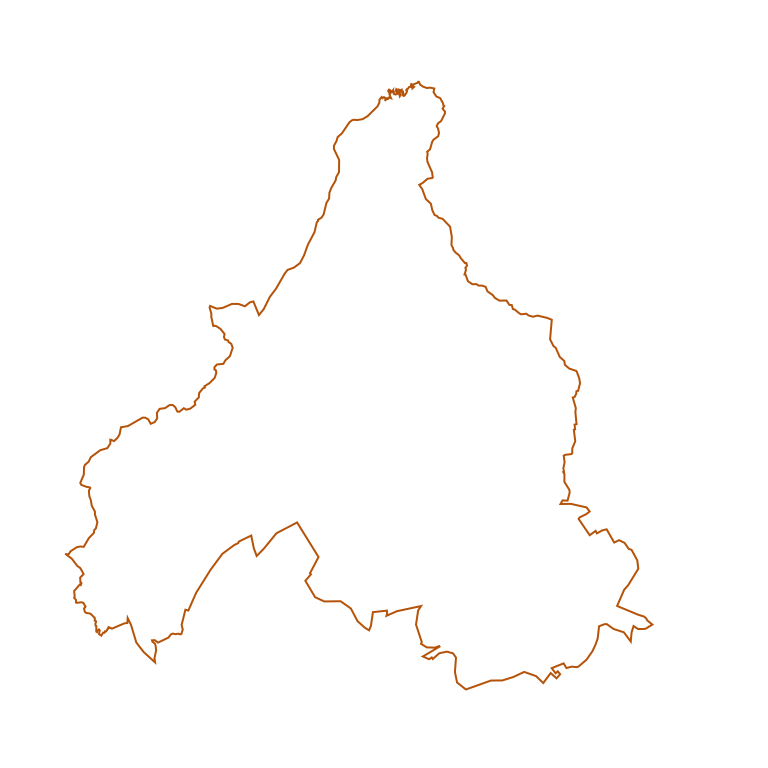 outline of Alba Iulia, Alba, Romania, rotated 97°
{"feature_id": "2599482B11612848018350", "entity_name": "Alba Iulia", "entity_type": "district", "adm_level": 2, "iso_a3": "ROU", "parent_name": "Romania", "parent_adm1": "Alba", "projection": "robinson", "projection_center": [23.551, 46.066], "detail": "fine", "context": "isolated", "style": "outline", "palette": "amber", "viewbox_px": 768, "rotation_deg": 97, "n_neighbors": 0, "source": "geoboundaries", "source_scale": "gbopen_adm2", "svg_char_len": 6088}
<svg xmlns="http://www.w3.org/2000/svg" viewBox="0 0 768 768"><g transform="rotate(97 384 384)"><path d="M591.3,679.7L595.6,672.4L602.0,666.2L603.8,662.9L609.3,659.0L613.2,662.0L618.0,661.1L618.1,660.3L618.7,660.0L620.6,660.6L620.2,661.5L620.6,661.9L627.3,666.3L632.8,665.1L633.9,665.5L635.9,663.4L638.4,663.1L638.6,662.0L637.5,657.7L637.9,655.7L641.4,653.1L643.4,654.4L646.6,653.1L647.5,651.8L647.7,647.4L651.5,642.5L654.1,642.3L654.3,641.2L655.2,640.8L657.1,641.3L659.2,640.7L659.4,640.0L664.8,639.4L665.2,638.6L663.8,638.5L662.3,637.0L663.2,636.1L666.9,636.4L668.2,634.0L665.0,632.4L665.0,631.2L663.4,630.7L663.6,629.9L662.7,629.2L659.2,627.9L659.8,627.3L659.1,626.7L660.0,624.2L653.2,612.5L652.5,609.6L647.5,609.9L653.8,605.8L670.8,598.3L679.4,589.8L688.2,577.3L684.0,578.4L676.1,577.7L671.6,578.8L669.8,579.6L667.8,582.6L666.7,583.0L666.2,580.3L668.2,576.8L662.0,567.1L658.4,564.9L657.5,563.3L657.7,560.2L656.9,558.0L657.3,555.8L656.9,554.7L652.2,553.8L647.9,555.5L632.2,553.6L632.7,550.6L614.1,545.0L589.3,533.4L572.2,523.7L562.0,512.9L559.7,509.3L558.1,508.9L550.6,497.3L562.9,493.2L570.2,489.4L562.1,483.2L545.3,472.6L532.0,453.4L563.7,427.9L580.9,434.4L581.8,433.3L588.9,438.1L604.0,426.4L607.1,416.8L604.9,400.6L610.9,389.5L622.7,381.3L628.3,373.2L630.3,368.8L625.7,367.5L611.8,367.2L608.6,353.5L611.3,352.9L613.8,353.3L607.9,343.4L599.9,320.2L604.6,322.5L618.9,322.9L635.7,315.0L637.4,315.6L640.2,309.4L639.5,301.4L637.4,297.3L637.9,296.9L649.7,312.2L651.7,305.7L649.6,303.3L651.0,302.1L644.5,296.3L642.0,289.0L642.9,282.7L646.8,279.2L661.2,278.5L671.4,275.1L677.2,265.5L665.3,241.7L663.8,230.4L659.0,219.8L652.7,209.8L655.4,197.5L661.4,189.5L650.6,183.3L655.1,176.9L650.6,173.8L648.0,176.5L650.2,178.4L645.6,182.9L639.4,171.7L643.7,168.3L641.7,163.3L641.5,157.9L640.8,156.6L633.0,149.4L623.7,144.5L616.9,142.3L610.5,140.9L598.2,141.0L595.5,135.8L595.2,133.6L599.2,126.2L601.2,115.7L609.5,107.7L600.5,108.0L593.8,106.8L596.2,102.1L595.6,96.9L595.0,94.5L590.1,88.3L586.7,93.7L584.5,95.4L583.1,97.6L582.0,103.7L575.9,125.6L558.8,120.5L554.1,117.2L536.4,109.1L528.2,111.1L518.4,118.1L517.9,121.0L512.4,125.8L510.4,131.6L513.3,136.2L501.1,145.3L502.7,149.5L506.3,154.5L504.0,156.0L509.0,161.4L494.2,174.4L492.5,173.5L488.7,167.6L485.5,164.3L481.8,167.9L480.2,183.9L481.6,194.2L477.8,192.6L477.4,187.6L469.4,186.5L466.6,187.0L459.2,193.0L451.6,193.9L449.6,195.3L449.3,194.6L445.9,195.7L439.7,195.2L433.2,196.9L432.3,195.8L430.7,189.4L429.8,188.7L425.0,189.3L417.5,187.2L406.3,190.0L405.7,188.8L401.1,189.9L400.4,188.0L388.7,190.6L384.5,190.7L374.4,195.0L373.6,193.2L370.5,192.1L367.7,192.1L367.1,190.5L359.5,189.5L354.6,190.9L348.2,194.2L347.6,194.8L346.1,202.0L342.9,206.8L339.1,207.9L335.8,212.8L327.1,218.0L325.7,220.4L319.4,224.6L299.8,225.3L298.5,230.1L297.4,239.9L299.1,244.5L298.3,249.0L296.9,251.3L298.1,256.2L297.5,258.1L294.2,263.3L293.9,265.2L290.1,266.8L290.2,269.2L286.2,272.6L287.2,279.6L285.0,284.5L282.6,286.7L279.5,292.5L275.2,295.0L274.4,298.4L274.8,302.1L273.6,304.4L274.2,308.5L271.8,313.2L265.5,316.4L265.5,317.4L260.5,316.5L258.9,317.4L256.5,316.0L253.9,317.0L254.1,318.4L249.7,323.2L247.2,325.0L244.7,329.1L242.3,331.6L240.9,331.9L237.8,334.0L229.8,334.6L219.8,337.6L212.9,346.0L212.3,350.2L210.8,351.8L210.1,354.4L205.7,357.2L199.4,359.4L195.3,365.0L186.1,369.7L182.0,373.3L179.9,370.3L175.0,365.8L173.6,361.1L172.9,360.8L168.0,362.1L158.3,367.9L154.8,368.8L150.1,368.7L148.3,369.5L145.4,366.9L137.8,365.7L135.4,364.6L131.5,360.4L128.0,360.0L123.8,361.5L121.5,363.2L118.6,362.1L116.1,359.4L108.1,356.5L106.2,356.7L103.6,359.4L100.7,358.1L100.4,358.9L98.1,359.7L93.3,363.2L92.3,367.0L88.3,370.4L84.6,370.1L84.2,374.4L85.0,377.4L84.1,381.5L82.5,384.6L79.8,386.2L79.9,386.9L80.6,386.9L83.2,391.5L85.2,391.6L85.5,390.4L87.0,391.7L86.0,391.8L86.0,392.3L84.0,391.9L84.6,393.1L83.5,392.8L82.4,394.1L83.5,393.4L85.8,393.9L86.2,395.3L88.4,396.5L88.5,397.1L89.7,397.7L90.4,396.8L91.9,397.1L94.8,398.5L94.5,399.2L96.4,399.7L92.6,400.5L93.7,401.1L89.7,402.3L90.4,403.2L90.2,404.2L91.6,403.0L91.7,404.5L95.4,402.9L96.5,403.4L92.2,405.2L91.2,406.2L91.5,406.6L90.7,406.5L89.9,407.7L91.5,408.0L95.2,405.8L94.3,406.7L95.3,407.9L94.9,409.5L92.8,409.9L93.2,410.9L91.5,410.9L92.2,411.3L92.3,412.5L93.5,411.8L93.8,413.0L92.3,414.7L91.3,414.4L91.2,415.0L92.7,415.6L95.2,413.4L95.8,413.9L99.4,411.9L98.8,413.7L100.4,414.5L101.1,416.4L102.9,417.8L100.1,416.5L100.3,417.6L99.4,418.5L99.3,419.9L99.6,419.4L100.5,420.3L99.5,421.3L102.2,423.1L105.2,422.9L109.1,424.2L120.0,432.8L123.7,437.4L125.2,442.4L125.5,446.7L126.3,448.1L128.6,450.3L140.5,456.4L144.5,460.1L148.5,460.7L153.6,462.7L156.9,462.3L167.1,455.8L179.3,454.5L184.3,456.6L188.1,456.9L195.7,460.2L200.8,461.5L206.6,461.1L211.3,463.2L223.1,464.6L226.5,466.3L229.1,469.5L230.1,469.3L231.7,470.4L241.8,471.5L254.9,476.5L265.9,479.0L274.2,482.1L279.4,487.5L282.5,493.6L286.3,495.9L302.6,502.8L311.4,507.9L324.3,512.5L330.8,516.5L318.0,523.7L319.3,527.1L323.8,531.5L322.3,538.1L323.0,544.6L328.2,553.5L329.6,559.3L327.7,566.1L329.5,566.4L335.3,563.9L338.4,563.6L347.3,560.5L346.8,558.8L347.1,557.3L349.3,552.9L353.9,548.3L356.9,548.6L359.2,547.3L359.8,544.1L361.3,543.4L362.7,540.5L366.4,538.6L375.1,540.3L379.9,544.4L383.6,545.9L385.0,552.2L387.9,554.3L390.2,554.1L390.8,552.6L393.4,551.8L398.6,552.8L404.4,557.3L408.1,561.9L409.3,561.3L410.4,563.2L415.5,566.4L420.0,566.2L424.6,569.8L427.6,568.8L432.0,573.2L433.6,577.1L432.4,579.7L436.5,583.7L436.5,585.8L432.5,588.3L430.6,591.1L431.1,594.4L434.6,598.3L436.0,603.7L440.4,605.9L445.8,604.9L449.8,607.0L451.9,610.7L447.9,613.6L446.5,616.8L446.8,619.5L457.0,633.1L459.0,639.8L466.1,640.3L469.5,641.7L473.6,645.0L472.7,647.8L473.4,648.1L473.0,648.8L476.6,648.4L481.4,650.8L484.3,657.6L492.4,666.1L497.0,667.6L500.6,670.8L503.0,671.6L510.4,670.9L519.2,673.4L521.0,672.2L522.3,667.0L522.5,663.2L523.0,662.8L525.8,663.9L531.3,662.8L535.1,660.8L540.5,659.2L545.8,655.4L548.8,655.0L556.2,651.6L562.5,652.4L564.3,653.8L567.1,653.8L573.0,658.2L582.2,662.2L582.3,665.6L583.4,669.0L588.3,674.8L591.0,676.0L591.8,677.9L591.3,679.7Z" fill="none" stroke="#b45309" stroke-width="2"/></g></svg>